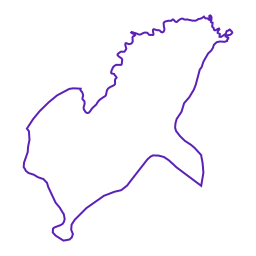 Santiago Atitlán, Sololá, Guatemala
{"feature_id": "79465075B45388350866104", "entity_name": "Santiago Atitlán", "entity_type": "district", "adm_level": 2, "iso_a3": "GTM", "parent_name": "Guatemala", "parent_adm1": "Sololá", "projection": "mercator", "projection_center": [-91.211, 14.599], "detail": "fine", "context": "isolated", "style": "outline", "palette": "violet", "viewbox_px": 256, "rotation_deg": 0, "n_neighbors": 0, "source": "geoboundaries", "source_scale": "gbopen_adm2", "svg_char_len": 4089}
<svg xmlns="http://www.w3.org/2000/svg" viewBox="0 0 256 256"><path d="M63.5,240.6L69.5,239.5L71.8,237.4L72.9,234.0L71.2,229.8L71.6,224.6L74.7,219.8L86.5,208.0L103.9,195.8L114.3,191.8L121.2,190.2L127.3,185.4L129.0,183.0L147.4,159.4L150.4,156.7L153.0,155.4L158.6,155.6L163.9,157.0L168.6,160.1L173.3,164.3L176.3,167.2L201.2,185.8L203.4,172.7L202.6,163.1L201.1,155.0L194.7,148.0L191.1,144.9L184.8,140.8L180.0,136.1L176.2,131.2L175.1,127.9L175.5,123.1L176.7,118.9L181.5,111.8L184.1,103.2L189.3,97.2L193.8,89.7L195.7,84.9L199.8,69.5L201.5,67.4L203.5,61.5L208.1,53.5L211.3,50.5L213.0,47.7L213.9,44.8L216.7,42.2L219.8,41.5L224.5,41.8L227.1,41.0L227.1,40.1L227.5,39.0L228.2,38.7L228.3,37.6L227.5,37.2L225.6,36.5L226.0,35.5L227.0,35.3L228.1,35.1L229.0,35.0L230.1,34.8L231.0,34.2L231.8,33.4L232.3,32.7L232.0,31.8L231.5,31.3L229.8,29.5L229.1,29.8L228.6,30.5L227.8,30.8L227.0,30.8L226.4,31.6L226.2,32.4L226.1,33.2L225.4,34.1L224.1,34.9L222.3,36.1L221.4,36.7L220.5,37.0L219.5,36.7L219.6,35.7L219.8,34.9L219.9,34.1L218.9,33.5L217.7,33.0L217.6,32.1L217.8,31.4L218.3,30.7L219.4,29.3L219.0,28.5L218.3,28.7L215.6,30.2L214.6,30.3L213.9,29.6L213.8,28.7L213.4,27.6L212.6,27.2L212.2,26.4L212.2,25.5L212.5,24.3L212.6,22.7L211.5,22.5L210.9,21.9L211.1,21.2L211.3,20.1L211.5,18.9L211.5,17.7L211.3,16.6L210.8,15.8L210.2,15.4L209.4,15.8L209.3,16.8L209.4,17.8L209.6,19.0L209.5,19.9L208.6,19.5L208.2,18.7L207.4,18.4L206.1,18.4L205.3,18.3L204.7,17.5L204.0,16.6L203.1,17.2L202.1,17.9L201.2,18.4L200.2,18.7L199.5,18.9L198.4,19.0L197.3,19.8L196.1,20.5L194.9,20.7L194.1,20.7L192.9,20.7L191.4,20.4L190.3,20.1L189.3,20.0L188.3,19.7L187.1,19.4L186.0,19.6L185.1,19.6L183.9,19.3L182.9,18.7L182.0,18.6L180.9,18.9L180.0,19.4L179.3,19.8L178.7,20.3L178.0,20.9L177.3,21.6L176.6,22.0L175.8,21.8L175.2,21.5L173.6,19.8L172.9,19.4L172.1,19.9L171.2,20.8L169.9,20.8L169.1,20.7L168.3,20.8L167.3,21.0L166.3,21.2L165.6,21.4L164.5,21.9L163.6,23.1L163.7,24.4L163.9,26.0L163.9,26.8L164.2,27.7L164.4,28.8L164.4,29.8L164.0,30.9L163.5,31.8L162.4,32.4L161.1,32.0L160.4,31.1L159.4,30.4L158.5,30.2L157.7,30.2L156.6,30.1L155.5,29.7L153.7,29.2L153.1,29.6L152.9,30.7L153.0,31.4L153.1,32.2L153.4,33.2L153.5,34.3L153.0,35.0L151.9,34.9L151.2,34.9L150.2,35.0L149.1,34.8L148.4,33.9L147.3,32.8L146.2,32.6L145.3,32.6L144.5,32.6L143.1,33.1L141.3,34.1L140.3,34.5L138.9,34.5L138.2,34.3L137.2,33.8L136.5,33.5L131.7,32.0L131.2,32.6L132.1,33.2L133.0,33.7L134.7,34.3L135.1,35.1L134.4,35.9L133.2,36.3L132.5,37.2L132.7,41.6L132.3,42.4L131.7,43.2L131.0,43.7L129.4,44.1L128.3,44.0L127.5,43.6L126.4,43.2L125.6,43.2L125.3,44.3L125.4,45.1L125.5,45.9L126.0,47.6L126.3,48.7L125.8,49.7L124.4,51.7L123.4,51.8L122.5,51.7L121.7,51.7L120.9,51.7L120.0,52.2L117.8,53.9L117.5,55.0L118.2,55.9L119.2,56.8L121.6,58.4L122.2,59.6L122.1,60.6L121.9,62.5L121.8,63.8L121.3,64.8L120.1,64.9L117.3,64.9L116.1,64.9L115.0,65.5L114.0,66.2L113.0,67.3L111.8,70.0L111.3,71.4L111.1,72.8L111.7,73.5L112.7,73.6L114.1,74.0L114.7,75.0L115.2,75.7L115.9,76.4L116.6,77.6L115.9,78.5L115.3,79.1L115.0,80.0L115.0,80.9L115.0,81.8L115.1,83.0L115.0,84.1L114.5,84.8L113.4,85.5L112.7,85.9L111.6,86.4L110.7,86.8L109.7,87.4L108.8,88.0L108.1,88.6L107.5,89.4L107.1,90.1L106.7,91.2L106.5,92.6L105.9,95.2L105.2,96.1L104.4,96.6L103.7,97.0L102.5,97.8L101.4,98.6L100.2,99.4L99.3,100.2L98.6,100.9L97.8,102.0L97.2,102.8L96.8,103.6L96.2,104.6L95.4,105.3L94.6,106.0L93.6,106.9L92.4,108.1L91.6,109.0L91.1,109.8L90.2,111.2L88.8,112.7L87.8,113.0L86.9,112.9L86.1,112.5L85.3,111.7L84.8,110.8L83.8,109.2L83.6,108.0L83.7,107.0L83.9,106.2L84.3,105.1L84.6,103.8L84.5,101.7L84.2,100.9L83.3,100.1L82.7,99.4L82.4,98.5L82.6,97.5L82.8,96.8L83.1,95.8L82.9,94.4L82.5,93.0L81.9,91.8L81.3,91.3L80.4,90.1L80.7,88.7L73.3,88.3L69.3,88.9L57.2,95.3L48.8,102.2L39.7,111.1L33.1,119.1L26.9,128.6L28.9,131.2L29.5,139.9L28.1,146.6L27.7,152.2L24.0,162.8L23.7,167.2L25.2,169.3L25.7,170.7L28.5,173.0L33.8,174.7L37.9,177.2L43.5,179.1L46.1,181.9L47.0,182.8L48.2,186.9L55.6,202.7L59.8,207.7L63.0,213.1L63.7,213.9L64.7,219.0L63.9,221.9L62.6,223.9L60.6,225.1L54.5,227.4L53.0,228.6L52.8,232.5L55.7,235.7L63.5,240.6Z" fill="none" stroke="#5b21b6" stroke-width="2"/></svg>